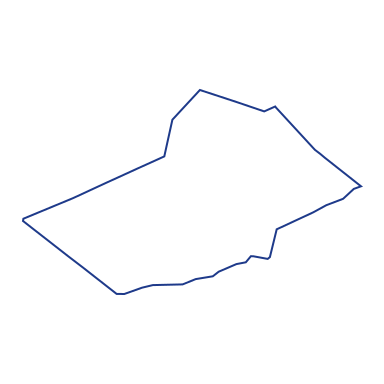 Schuylkill, Pennsylvania, United States of America (Natural Earth projection)
{"feature_id": "52423323B80854680702724", "entity_name": "Schuylkill", "entity_type": "district", "adm_level": 2, "iso_a3": "USA", "parent_name": "United States of America", "parent_adm1": "Pennsylvania", "projection": "natural_earth1", "projection_center": [-76.155, 40.723], "detail": "fine", "context": "isolated", "style": "outline", "palette": "blue", "viewbox_px": 384, "rotation_deg": 0, "n_neighbors": 0, "source": "geoboundaries", "source_scale": "gbopen_adm2", "svg_char_len": 601}
<svg xmlns="http://www.w3.org/2000/svg" viewBox="0 0 384 384"><path d="M361.0,186.3L324.9,157.8L320.5,154.1L315.0,149.9L312.3,147.0L276.2,107.8L275.2,106.5L264.2,111.4L236.8,102.1L199.9,90.0L172.4,119.7L167.2,143.2L164.3,156.4L138.2,168.2L106.2,182.8L72.9,198.2L23.4,218.7L23.0,221.0L67.6,255.8L82.5,267.2L116.6,293.9L124.3,294.0L142.0,287.7L152.8,285.1L182.6,284.4L195.7,279.1L212.8,276.3L218.7,271.7L236.4,264.1L245.8,262.3L250.9,256.2L253.5,256.3L267.7,258.9L269.9,257.1L276.7,229.3L313.1,212.4L326.3,205.2L343.1,198.8L353.8,188.9L361.0,186.3Z" fill="none" stroke="#1e3a8a" stroke-width="2"/></svg>